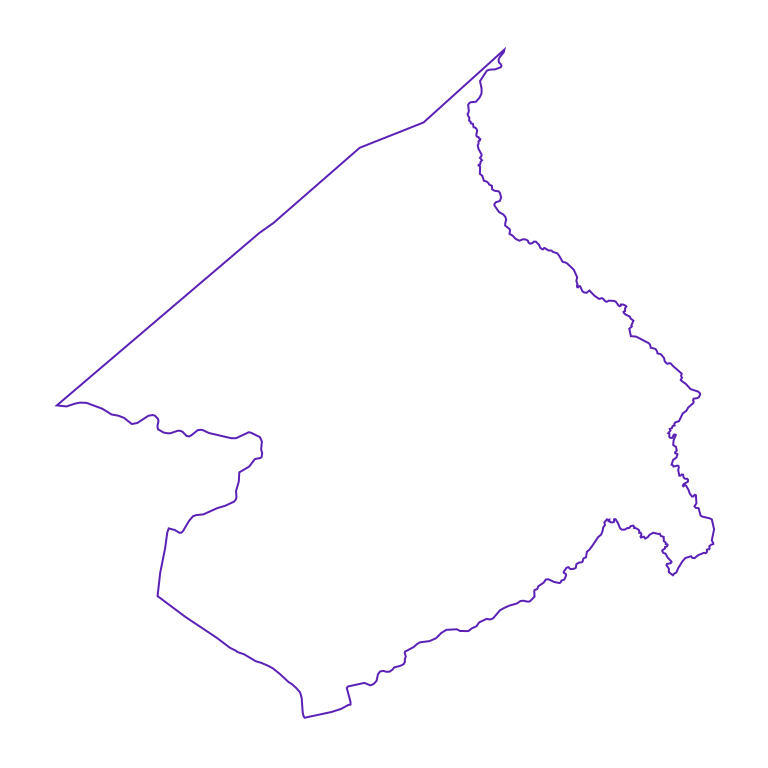 Mandimba, Niassa, Mozambique (Mercator projection), rotated 89°
{"feature_id": "85939544B48761792497071", "entity_name": "Mandimba", "entity_type": "district", "adm_level": 2, "iso_a3": "MOZ", "parent_name": "Mozambique", "parent_adm1": "Niassa", "projection": "mercator", "projection_center": [35.973, -14.23], "detail": "fine", "context": "isolated", "style": "outline", "palette": "violet", "viewbox_px": 768, "rotation_deg": 89, "n_neighbors": 0, "source": "geoboundaries", "source_scale": "gbopen_adm2", "svg_char_len": 6042}
<svg xmlns="http://www.w3.org/2000/svg" viewBox="0 0 768 768"><g transform="rotate(89 384 384)"><path d="M685.8,425.3L682.5,408.7L685.0,403.2L684.6,401.3L683.3,399.1L680.6,396.6L674.1,395.1L671.4,393.0L670.8,389.7L671.8,386.6L671.7,383.4L669.7,380.5L667.6,378.8L666.0,372.4L664.4,369.2L662.1,367.9L659.9,368.0L656.9,367.0L652.9,368.0L652.0,367.7L647.5,358.9L644.8,355.8L642.9,352.5L641.9,343.1L639.0,336.2L634.0,331.2L630.9,325.9L630.5,315.5L632.3,312.2L632.5,303.9L629.8,300.4L627.8,295.7L624.1,293.1L623.3,291.5L620.7,285.6L621.3,281.9L620.2,279.0L612.2,271.9L609.7,267.1L607.7,262.3L605.8,255.0L603.4,251.4L603.1,248.7L604.2,243.8L603.8,241.8L599.2,237.2L593.5,237.4L592.6,237.0L591.7,234.4L588.8,233.1L585.4,227.8L582.3,225.6L582.1,223.0L584.9,217.4L586.1,211.9L585.5,210.9L583.7,210.1L582.6,207.0L578.5,205.3L577.3,205.4L575.8,207.6L574.6,207.4L570.9,204.7L570.3,202.8L572.0,201.4L572.4,200.4L571.9,196.6L571.0,195.4L567.5,194.8L566.0,192.2L565.7,189.3L564.8,188.5L561.9,187.6L560.7,185.0L555.3,184.1L553.5,181.8L549.1,178.3L540.8,172.6L538.5,169.6L535.1,168.1L531.2,167.3L528.9,165.5L526.2,166.1L523.2,163.4L523.6,162.3L524.8,162.0L523.9,161.0L524.9,161.0L526.1,160.1L526.4,157.9L525.8,156.4L523.3,156.3L523.2,154.9L527.2,152.5L532.3,150.5L533.8,148.8L533.8,145.8L532.2,143.1L532.4,141.6L530.4,139.8L529.9,137.4L531.2,136.2L532.3,136.5L532.7,134.4L534.1,132.1L535.0,131.4L537.3,131.4L537.1,130.1L538.0,129.5L539.3,129.2L541.0,130.2L542.0,129.7L541.2,126.8L543.1,125.5L541.6,122.8L539.5,121.2L537.4,117.4L538.8,111.9L538.5,110.9L540.7,109.9L541.8,107.0L545.9,107.0L547.3,105.2L548.9,105.1L549.3,103.5L550.0,103.2L551.4,104.0L551.8,105.8L553.4,106.0L555.0,108.5L555.7,108.8L557.6,107.8L558.7,105.4L562.5,103.4L566.7,99.6L567.6,99.8L568.4,101.4L568.9,104.3L570.2,104.7L573.6,102.4L577.1,102.5L580.3,98.4L578.7,97.2L577.6,95.0L573.2,93.0L566.4,88.6L563.2,85.7L561.6,80.0L563.2,78.8L563.5,76.5L560.7,73.0L558.4,67.2L558.8,65.2L557.4,63.9L555.8,64.2L555.0,63.7L554.9,61.7L554.3,61.3L552.0,61.6L550.4,59.8L549.8,57.6L548.8,57.6L546.1,59.0L535.1,56.5L525.1,58.6L524.0,60.7L522.1,68.2L521.0,69.8L513.7,71.6L513.2,74.5L511.7,75.7L508.7,73.7L500.7,74.1L500.2,75.3L501.9,76.8L501.9,78.0L498.9,80.2L495.8,81.1L490.9,83.7L490.3,84.8L491.5,86.5L490.9,87.0L489.3,86.1L486.9,81.8L484.9,81.8L484.0,82.6L484.1,84.5L482.7,86.1L479.9,86.5L479.7,87.9L480.7,88.9L480.8,90.3L475.1,91.4L472.8,90.7L471.1,91.0L470.7,92.0L471.6,96.0L470.3,96.6L469.7,97.9L465.0,96.3L462.6,92.9L459.9,91.9L459.1,91.9L458.3,94.0L457.4,94.2L455.6,92.4L452.0,93.2L450.1,95.9L445.2,95.4L440.2,93.1L439.5,94.0L439.8,95.1L442.9,96.8L442.8,98.7L441.7,99.7L438.8,99.5L438.1,100.7L435.6,98.4L433.9,99.1L433.2,96.9L431.0,96.1L430.6,94.1L429.1,94.5L427.5,93.5L426.3,89.7L418.6,85.8L416.0,82.1L413.0,80.4L408.4,75.0L407.0,74.6L405.7,75.3L404.1,74.7L403.6,71.0L402.6,69.3L399.9,68.1L398.8,68.3L397.1,70.0L394.4,77.6L389.2,82.2L385.8,86.8L385.1,87.3L383.1,86.0L381.0,86.8L378.9,86.1L371.0,94.8L368.5,96.9L368.1,98.2L368.8,100.3L368.3,101.1L366.3,102.9L363.1,103.5L359.8,106.0L358.9,107.0L358.2,110.0L356.0,110.5L353.7,111.9L352.4,116.6L349.5,117.3L347.9,118.4L341.0,131.1L340.5,136.3L333.0,137.8L330.8,135.2L329.7,135.6L325.0,133.5L323.1,136.0L320.8,137.2L318.8,141.2L317.0,143.1L315.9,143.2L315.3,141.7L312.4,141.6L310.7,140.3L309.9,141.1L308.7,143.5L308.7,145.8L309.8,145.9L310.3,147.1L309.8,148.0L305.8,150.8L304.9,152.6L304.6,157.7L305.7,159.9L305.0,161.5L302.9,163.1L301.9,164.7L302.7,167.3L302.4,167.9L299.3,172.2L294.1,176.9L296.4,180.0L295.7,182.9L294.5,184.1L289.7,186.2L289.6,187.6L290.7,188.1L290.6,189.1L288.9,189.4L287.6,188.8L284.4,189.9L280.7,189.0L273.1,192.2L266.9,198.5L265.8,200.2L264.9,203.3L258.4,206.9L256.3,208.6L254.9,212.7L253.5,214.3L253.3,217.3L250.9,220.9L250.9,221.6L252.1,222.5L252.0,223.6L250.4,225.5L247.7,226.4L244.3,229.7L244.3,231.7L245.6,233.0L246.3,235.2L245.3,236.9L243.2,237.7L242.0,239.8L241.7,242.5L243.1,246.0L241.4,249.6L237.7,253.0L236.2,255.9L232.3,255.3L231.2,255.8L227.7,260.1L224.8,259.9L222.1,258.9L219.1,259.7L216.5,261.8L214.2,265.9L207.5,270.4L206.1,270.5L204.3,269.2L203.0,265.0L199.4,263.6L194.7,264.9L193.3,266.2L192.7,270.1L191.2,272.5L187.7,272.7L186.4,275.4L184.9,276.1L183.3,278.0L182.5,280.6L177.6,282.0L175.5,284.5L168.4,284.1L167.7,284.4L167.3,285.6L166.6,285.6L165.9,284.0L163.2,283.4L162.0,282.1L159.6,284.1L157.5,282.5L156.3,282.4L150.6,285.4L146.8,286.1L145.5,285.3L142.7,285.2L142.2,283.9L140.8,283.4L140.0,284.8L139.0,285.0L138.1,287.0L136.6,287.4L132.2,286.4L130.3,287.2L129.2,288.4L128.9,289.9L125.4,290.6L124.9,292.6L123.5,292.8L122.1,294.3L119.3,294.0L116.5,295.6L115.0,295.6L114.4,294.9L112.4,294.4L106.4,295.0L104.9,294.1L103.8,292.5L103.4,287.2L99.4,283.5L95.7,281.6L93.4,281.3L90.3,281.3L82.8,282.7L72.5,275.7L71.6,273.2L71.3,267.2L69.3,261.7L67.8,261.0L66.1,261.8L64.5,263.5L61.6,263.8L59.0,262.4L54.3,258.4L51.7,257.8L123.2,339.9L147.4,404.2L221.2,491.9L230.8,506.0L399.7,711.5L400.9,701.7L398.3,693.7L397.3,688.2L397.7,681.7L403.9,665.9L409.7,657.0L411.1,650.0L413.4,644.4L419.6,636.9L418.7,631.4L411.6,620.0L411.0,615.7L411.7,613.6L414.8,610.7L416.8,610.1L422.4,611.3L425.3,610.8L428.7,605.2L429.6,600.5L429.4,598.1L427.1,590.8L427.3,588.4L428.2,586.3L432.5,582.3L433.0,580.0L432.2,577.9L426.9,571.0L426.6,568.6L426.8,566.3L429.9,560.0L435.5,537.8L435.6,532.8L429.9,520.1L430.3,518.0L434.9,509.0L439.3,507.1L447.3,508.0L451.0,507.0L454.8,507.6L455.9,508.9L456.5,513.3L457.1,514.7L464.1,520.1L469.8,530.2L479.0,530.9L488.4,533.8L495.0,533.5L497.1,534.3L499.0,536.0L503.0,544.9L505.2,552.9L511.2,566.9L511.8,574.1L512.9,577.3L517.3,581.2L527.8,587.7L529.0,589.1L529.3,591.0L526.3,595.8L524.6,601.8L528.8,603.3L544.3,605.7L569.0,611.1L592.1,614.1L613.5,586.5L634.8,555.7L645.0,542.7L648.2,536.6L649.4,535.3L651.8,528.6L659.0,516.9L660.6,511.7L664.1,504.0L666.5,499.9L672.0,493.3L680.1,484.9L682.7,481.0L686.8,476.7L690.9,473.3L696.4,471.8L711.2,471.0L714.8,470.2L716.3,469.2L711.0,442.2L708.1,432.6L704.3,425.3L704.0,423.1L701.5,423.0L687.3,426.5L685.8,425.3Z" fill="none" stroke="#5b21b6" stroke-width="2"/></g></svg>